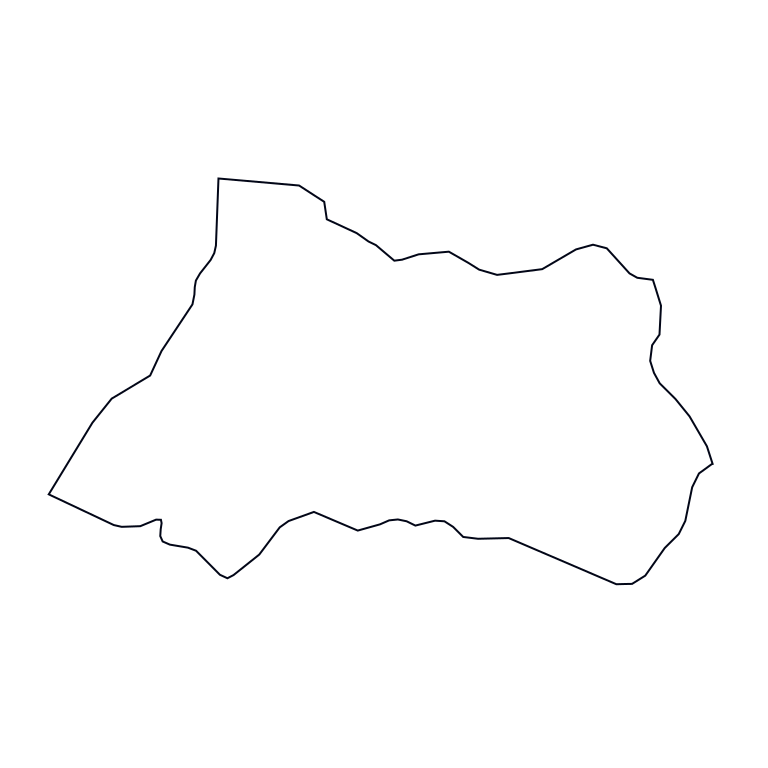 the border of Ajaria, rotated 2°
{"feature_id": "GEO-3027", "entity_name": "Ajaria", "entity_type": "Autonomous Republic", "adm_level": 1, "iso_a3": "GEO", "parent_name": "Georgia", "parent_adm1": "", "projection": "orthographic", "projection_center": [42.09, 41.662], "detail": "fine", "context": "isolated", "style": "outline", "palette": "ink", "viewbox_px": 768, "rotation_deg": 2, "n_neighbors": 0, "source": "natural_earth", "source_scale": "10m", "svg_char_len": 1242}
<svg xmlns="http://www.w3.org/2000/svg" viewBox="0 0 768 768"><g transform="rotate(2 384 384)"><path d="M631.4,575.5L623.2,576.0L514.0,533.6L483.4,535.4L468.5,534.1L458.1,524.4L449.2,519.1L439.8,518.8L420.3,524.4L411.4,520.4L402.6,518.9L393.9,520.1L384.9,524.4L362.9,531.4L318.4,514.3L293.4,524.3L284.8,530.9L265.3,558.8L240.3,580.2L234.3,583.6L226.7,580.4L202.0,557.2L193.8,554.4L175.6,552.0L168.3,549.1L165.7,543.8L165.9,537.0L166.6,530.8L165.8,527.5L161.0,527.5L145.4,534.6L126.8,535.9L118.9,534.4L52.8,506.0L94.0,432.8L112.4,408.1L150.0,383.7L160.5,358.8L189.8,311.1L191.4,301.3L191.5,293.8L192.4,287.2L196.3,279.9L206.4,266.1L209.8,259.1L211.2,251.6L211.4,184.4L292.2,188.6L308.5,198.4L317.9,204.0L321.1,221.4L351.5,234.2L363.5,242.1L371.1,245.5L390.0,260.4L397.9,259.1L398.6,258.8L414.1,253.2L444.2,249.5L463.9,259.9L475.1,266.4L493.2,271.0L504.5,269.2L538.1,263.7L571.2,242.8L588.0,237.5L601.9,240.6L625.5,264.9L633.4,269.0L649.1,270.5L652.0,278.6L658.1,296.1L657.6,325.0L650.6,335.9L649.2,351.6L653.4,363.4L659.5,373.7L675.8,388.8L690.5,405.7L708.9,435.0L715.2,452.4L714.3,452.7L701.9,462.4L695.6,476.4L689.9,510.3L683.8,523.7L670.3,538.1L651.8,566.4L638.9,575.1L631.4,575.5Z" fill="none" stroke="#020617" stroke-width="2"/></g></svg>